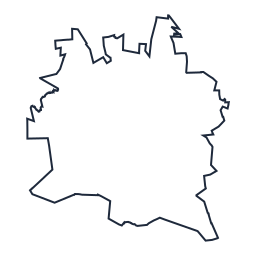 the district of Tula, Tamaulipas, Mexico
{"feature_id": "50627088B8467253226066", "entity_name": "Tula", "entity_type": "district", "adm_level": 2, "iso_a3": "MEX", "parent_name": "Mexico", "parent_adm1": "Tamaulipas", "projection": "mercator", "projection_center": [-99.933, 22.948], "detail": "fine", "context": "isolated", "style": "outline", "palette": "slate", "viewbox_px": 256, "rotation_deg": 0, "n_neighbors": 0, "source": "geoboundaries", "source_scale": "gbopen_adm2", "svg_char_len": 4316}
<svg xmlns="http://www.w3.org/2000/svg" viewBox="0 0 256 256"><path d="M204.2,201.6L196.5,195.9L196.4,195.2L197.5,194.4L205.8,188.5L205.2,186.2L204.1,175.9L210.2,174.6L216.5,170.9L211.0,165.0L212.5,146.9L212.2,146.4L211.6,145.3L210.7,144.5L210.2,143.8L209.8,143.5L206.5,137.5L203.3,135.5L213.3,134.5L212.7,133.2L212.5,133.3L212.5,132.8L212.3,132.3L211.7,130.7L218.6,126.6L224.3,120.6L223.2,116.8L222.6,116.8L220.6,110.2L222.7,106.6L225.4,107.6L226.4,108.1L227.6,108.5L228.5,104.5L228.4,104.2L228.8,102.2L227.9,102.3L227.8,102.2L225.2,102.4L225.2,100.9L225.2,99.6L224.6,99.0L223.8,99.8L223.1,100.6L220.1,99.1L219.3,94.7L219.2,90.4L214.3,90.4L216.5,81.8L212.8,78.3L208.7,75.7L203.4,72.0L202.1,72.0L200.9,72.1L200.9,72.4L186.6,72.8L186.2,72.3L187.0,61.7L186.7,56.5L186.6,56.0L185.7,53.2L181.3,53.2L175.3,53.7L173.5,42.9L171.6,38.5L170.8,36.5L178.5,36.8L181.4,37.0L180.2,34.1L174.1,34.6L174.2,33.6L178.5,33.3L171.3,26.8L179.0,28.8L170.2,17.2L168.7,15.4L168.1,15.4L168.1,18.6L156.6,17.2L156.1,20.8L151.3,39.2L149.4,56.4L145.2,50.8L146.0,44.1L139.5,43.8L139.2,49.7L139.1,51.3L139.1,53.2L123.0,50.1L123.4,34.6L117.2,38.3L115.5,38.0L115.4,37.1L114.1,36.6L114.2,35.1L108.5,36.9L103.2,37.5L103.8,45.7L105.5,52.7L105.8,54.4L110.4,57.8L110.5,57.8L110.8,60.8L106.8,63.2L103.2,57.2L93.4,62.9L90.0,49.4L86.0,44.3L86.7,43.4L77.8,29.3L72.1,28.8L72.3,39.3L70.3,39.5L68.3,39.7L67.2,39.7L63.1,40.0L61.5,40.2L57.2,40.5L56.1,40.6L55.2,40.7L55.5,45.6L55.8,48.8L60.8,47.7L60.4,55.1L60.4,55.6L65.1,54.3L64.7,55.6L64.2,56.9L64.0,57.3L63.3,58.6L63.1,59.2L63.3,59.5L62.9,60.7L62.8,60.8L60.1,69.0L57.8,72.1L56.4,74.0L54.9,74.3L40.1,78.0L40.2,78.3L58.0,88.5L58.1,89.1L58.0,89.3L57.8,89.5L57.8,89.9L57.9,90.0L57.7,90.3L57.7,90.6L57.6,90.8L57.3,90.9L57.2,90.9L56.8,90.8L56.7,90.8L56.5,90.7L56.3,90.6L56.2,90.4L55.8,90.2L55.7,90.2L55.7,90.4L55.4,90.4L55.2,90.5L55.1,90.4L55.0,90.5L54.9,90.5L54.6,90.3L54.5,90.5L54.4,90.6L54.3,90.3L54.2,90.2L54.2,90.3L54.2,90.5L53.9,90.7L53.6,90.6L53.5,90.8L53.4,90.8L53.1,90.8L53.1,91.1L53.4,91.2L53.2,91.2L53.2,91.3L53.1,91.5L53.2,91.8L53.0,91.7L52.9,91.7L52.9,91.8L52.7,91.9L52.6,92.2L52.4,92.0L52.2,92.2L52.1,92.3L51.9,92.3L51.8,92.5L51.7,92.6L51.4,92.6L51.2,92.5L50.8,92.6L50.7,92.7L50.4,92.7L50.4,92.8L50.1,92.8L50.1,93.0L49.9,93.0L49.8,92.9L49.7,92.9L49.5,93.0L49.4,93.0L49.4,92.8L49.1,93.1L48.9,93.1L48.7,93.0L48.5,92.9L48.4,92.8L48.3,93.0L48.2,93.0L47.9,93.1L47.6,93.1L47.4,93.2L47.3,93.4L47.1,93.6L46.9,93.5L46.7,93.6L46.5,94.1L46.4,94.2L46.3,94.3L46.0,94.4L45.9,94.6L45.7,94.7L45.6,94.8L45.4,95.0L45.2,95.1L45.1,95.3L45.1,95.5L44.9,95.7L45.0,95.9L45.0,96.1L44.9,96.2L44.8,96.3L44.8,96.5L44.1,96.8L43.7,97.0L43.4,97.1L43.1,97.1L42.9,97.0L42.8,96.9L42.7,97.0L42.4,97.2L42.2,97.4L42.2,97.5L42.0,97.9L41.9,98.0L41.4,98.6L41.2,98.7L41.1,98.9L41.1,99.1L41.1,99.3L40.9,99.6L40.9,99.8L40.8,100.0L42.4,106.6L41.5,106.4L41.0,107.1L40.6,107.9L41.0,109.6L41.0,110.0L40.4,110.1L39.9,110.2L39.8,110.7L39.5,111.0L39.4,111.2L39.4,111.5L39.1,111.6L38.6,111.7L37.8,110.7L37.7,110.7L37.3,110.4L37.3,110.2L36.8,110.0L36.6,109.9L36.5,109.6L36.3,109.6L36.2,109.3L36.1,109.2L35.8,108.9L35.6,108.6L35.5,108.4L35.4,108.1L35.2,108.0L35.2,107.9L35.0,107.7L35.0,107.2L34.9,106.9L34.6,106.7L34.5,107.0L34.4,106.9L34.0,107.0L33.9,106.9L33.7,106.8L33.4,106.8L33.3,106.7L33.2,106.7L33.0,106.4L32.8,106.2L32.7,106.2L32.4,106.1L32.2,106.0L32.2,105.9L31.4,106.2L30.7,107.9L33.9,121.1L27.2,118.7L27.3,120.6L27.4,129.6L27.4,138.6L47.8,138.2L49.1,145.7L52.4,169.6L31.3,189.3L31.3,189.1L30.0,190.3L32.4,194.2L54.6,202.7L74.2,194.6L74.4,194.7L74.9,194.0L78.4,194.1L80.2,194.3L80.9,194.5L82.2,194.7L95.0,195.1L97.3,195.1L97.7,195.2L97.9,194.6L101.0,196.1L110.2,201.1L108.6,218.6L119.1,224.5L121.8,225.5L124.1,222.6L124.3,223.1L125.1,222.2L127.1,222.0L128.1,221.9L128.6,222.0L129.0,222.3L129.5,222.3L129.8,222.3L130.0,222.4L130.3,222.8L130.5,222.9L130.8,223.0L131.0,223.2L131.3,223.3L131.5,223.2L131.6,223.3L131.8,223.5L132.1,223.8L132.5,223.9L132.7,224.0L132.9,224.1L133.3,224.2L133.7,224.3L134.1,224.2L134.6,224.1L135.0,224.4L135.2,224.7L135.8,225.2L136.1,225.5L137.5,225.9L147.0,224.9L148.7,223.3L153.9,220.4L156.9,219.1L159.8,217.7L164.6,219.5L197.6,231.1L205.6,240.6L212.1,239.9L217.6,238.2L218.0,237.9L211.6,223.2L211.2,223.3L208.3,213.5L208.5,213.5L208.4,213.2L207.7,212.9L204.2,201.6Z" fill="none" stroke="#1e293b" stroke-width="2"/></svg>